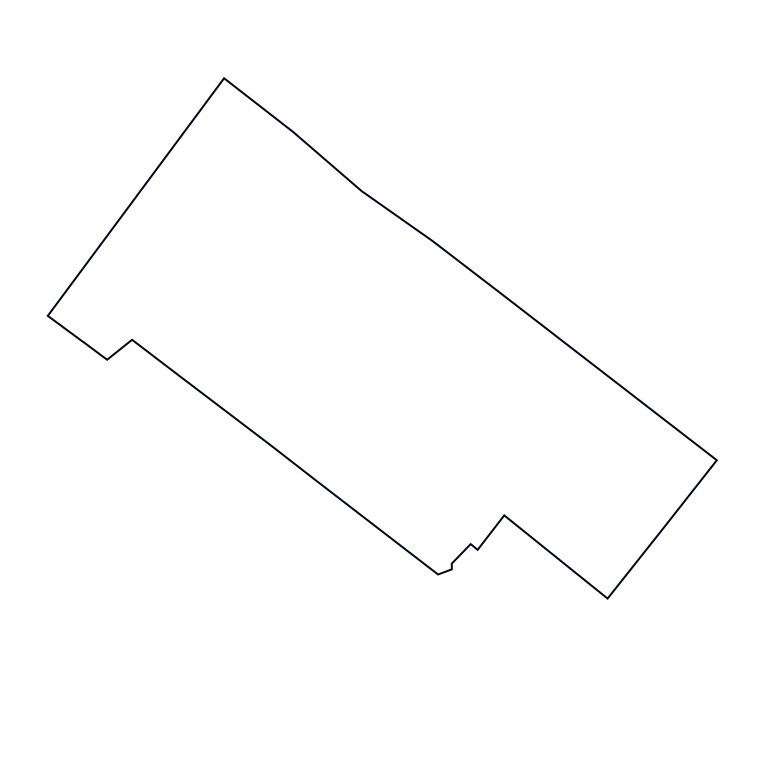 Craighead, Arkansas, United States of America, rotated 217°
{"feature_id": "52423323B20567432013188", "entity_name": "Craighead", "entity_type": "district", "adm_level": 2, "iso_a3": "USA", "parent_name": "United States of America", "parent_adm1": "Arkansas", "projection": "robinson", "projection_center": [-90.631, 35.848], "detail": "fine", "context": "isolated", "style": "outline", "palette": "ink", "viewbox_px": 768, "rotation_deg": 217, "n_neighbors": 0, "source": "geoboundaries", "source_scale": "gbopen_adm2", "svg_char_len": 486}
<svg xmlns="http://www.w3.org/2000/svg" viewBox="0 0 768 768"><g transform="rotate(217 384 384)"><path d="M72.3,523.4L341.1,526.6L431.5,527.4L518.0,524.6L608.4,530.6L695.7,531.9L693.5,236.1L690.6,236.1L651.6,236.5L648.9,236.6L627.3,236.7L619.7,236.8L611.8,267.7L551.3,267.3L521.6,267.2L447.4,266.9L432.8,266.8L380.7,266.0L226.2,264.4L218.3,276.8L221.8,281.4L218.4,308.3L209.4,307.9L208.9,351.4L76.3,347.2L74.1,435.5L72.3,523.4Z" fill="none" stroke="#020617" stroke-width="2"/></g></svg>